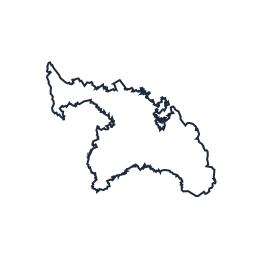 the district of Panchagarh, Rangpur, Bangladesh, rotated 331°
{"feature_id": "16705992B66536058617583", "entity_name": "Panchagarh", "entity_type": "district", "adm_level": 2, "iso_a3": "BGD", "parent_name": "Bangladesh", "parent_adm1": "Rangpur", "projection": "natural_earth1", "projection_center": [88.58, 26.32], "detail": "fine", "context": "isolated", "style": "outline", "palette": "slate", "viewbox_px": 256, "rotation_deg": 331, "n_neighbors": 0, "source": "geoboundaries", "source_scale": "gbopen_adm2", "svg_char_len": 5885}
<svg xmlns="http://www.w3.org/2000/svg" viewBox="0 0 256 256"><g transform="rotate(331 128 128)"><path d="M172.3,220.9L173.7,220.1L174.8,217.8L175.9,217.6L177.3,218.6L178.4,217.8L178.1,214.3L179.0,215.1L179.2,212.5L183.4,206.4L182.5,204.9L182.5,203.1L178.1,199.6L180.5,198.7L182.3,193.2L184.2,191.1L186.1,187.4L186.0,185.7L184.6,185.1L184.6,181.0L185.2,180.5L184.8,177.5L183.4,174.9L184.1,171.4L182.6,170.5L184.3,170.1L187.2,167.9L188.2,162.7L186.5,163.0L186.3,162.5L187.8,160.9L188.0,159.6L186.7,155.9L184.1,153.3L182.2,152.5L179.4,153.6L178.2,145.9L179.5,143.6L180.2,138.1L178.2,134.8L178.4,132.9L177.8,130.9L175.3,130.8L173.8,135.4L174.9,136.1L174.9,136.9L171.0,135.7L171.2,136.8L170.6,137.4L170.2,137.1L170.4,136.3L168.5,136.2L169.5,138.3L169.0,139.3L162.4,140.4L161.6,143.5L161.0,144.2L159.9,144.0L160.0,145.3L158.3,146.6L157.9,144.9L154.9,145.5L155.5,144.0L156.4,144.2L156.4,143.1L156.4,142.5L155.1,142.4L155.8,140.0L154.8,138.7L154.9,137.4L155.8,137.3L155.4,135.0L156.9,134.6L159.9,137.1L160.2,137.9L158.8,138.0L160.0,139.6L160.4,138.6L162.3,139.4L165.8,137.5L164.1,136.4L163.4,136.5L164.2,136.6L163.6,137.3L161.5,137.0L162.2,136.7L161.8,135.5L159.6,135.6L159.0,134.6L159.6,133.7L158.5,133.7L158.0,132.8L158.1,131.7L159.2,131.5L159.1,130.3L157.9,129.7L157.2,130.6L157.2,128.0L160.9,127.1L161.2,125.3L162.4,125.4L162.7,126.3L160.9,127.0L161.5,127.5L161.2,128.5L161.8,129.8L162.6,129.7L162.8,130.4L167.3,128.6L168.3,129.3L168.3,130.4L171.3,128.5L171.2,126.9L175.2,127.3L175.8,124.4L172.0,125.4L172.6,123.8L174.6,122.4L174.2,120.7L174.7,120.9L175.0,119.8L172.6,119.1L173.0,117.9L171.9,117.7L171.8,118.8L172.5,119.5L170.9,119.5L170.1,121.6L166.7,120.8L166.0,123.6L164.6,124.2L164.2,123.6L163.9,122.3L164.5,121.4L163.1,121.6L162.0,119.9L162.7,119.5L163.1,116.8L161.9,116.9L161.3,115.9L162.5,115.3L160.7,114.7L159.8,111.4L160.1,110.1L158.7,110.4L158.7,109.7L159.1,109.1L164.0,108.0L164.0,107.2L163.2,106.7L160.3,107.7L160.4,106.3L159.9,106.3L160.6,104.9L157.9,105.7L157.9,105.0L156.0,104.4L157.6,104.0L157.3,103.4L158.2,103.1L160.3,103.4L160.1,101.9L159.3,101.4L159.8,101.2L159.4,101.0L159.9,99.9L158.5,99.5L158.8,101.3L158.3,100.2L157.9,101.3L155.3,101.5L155.3,100.8L154.1,100.7L153.5,98.7L151.0,99.0L149.4,98.0L151.1,97.1L150.8,94.7L147.9,94.7L147.1,94.0L146.0,94.1L145.9,93.2L144.2,93.1L144.1,92.0L145.3,91.2L144.0,82.1L136.7,82.2L137.2,82.6L136.3,88.9L135.8,88.1L134.3,88.4L133.9,86.8L128.1,86.3L127.6,85.8L128.8,85.7L127.9,84.2L128.7,83.2L127.6,83.4L128.2,81.6L126.6,81.9L127.3,80.9L126.2,80.7L127.2,77.9L119.7,78.9L120.0,78.0L119.1,77.9L120.0,77.5L118.7,77.3L119.2,75.8L117.7,72.9L118.7,71.4L118.4,70.1L116.4,70.1L114.4,68.3L110.4,70.1L110.1,64.0L108.6,63.8L108.8,60.8L106.4,59.8L103.5,60.0L103.3,58.9L102.6,58.9L102.5,61.0L101.7,61.4L102.0,62.1L99.9,62.5L98.7,61.3L98.6,59.9L97.1,59.9L95.6,58.0L93.1,51.7L93.4,48.1L92.0,39.2L92.3,36.3L91.4,36.0L91.6,32.8L90.1,32.6L87.3,35.0L86.8,36.8L84.6,39.2L85.3,40.6L87.3,41.0L87.4,41.8L82.6,43.4L81.7,44.6L81.2,49.2L80.2,50.3L80.4,54.9L77.0,60.3L77.5,64.1L75.6,66.2L75.9,68.4L74.8,71.0L71.6,73.4L70.6,75.4L70.4,78.0L71.2,78.9L71.0,79.7L72.8,79.9L72.7,82.7L74.4,82.9L74.7,85.5L75.9,88.1L75.6,89.1L76.3,89.4L76.9,87.8L78.0,86.9L77.4,86.4L77.7,84.1L79.2,82.2L78.1,81.1L77.8,77.9L80.4,76.9L81.3,76.8L81.6,78.1L84.3,78.5L84.6,79.7L89.0,77.6L89.0,79.2L89.9,79.5L90.3,80.9L91.6,82.6L92.4,82.6L92.7,83.7L93.4,83.6L93.5,81.6L94.9,81.5L95.4,82.3L96.2,81.7L96.3,83.0L97.1,83.6L102.4,83.4L109.2,85.4L107.6,87.7L109.6,88.3L109.6,89.9L110.6,90.3L110.7,91.4L112.0,92.4L111.9,93.6L110.4,94.0L110.4,94.7L112.5,95.9L111.5,96.9L111.4,98.0L113.6,98.4L111.9,100.8L113.1,101.3L113.8,102.8L115.2,101.5L115.4,103.4L114.2,104.0L116.3,107.5L117.8,106.7L116.2,110.6L117.3,112.6L119.1,111.2L118.6,113.7L116.8,114.3L117.1,115.1L118.8,115.4L117.4,116.9L117.6,118.4L115.3,118.1L115.5,118.8L114.4,119.3L113.9,119.0L114.9,115.1L114.4,114.8L113.9,115.8L112.2,116.2L110.0,115.8L110.9,118.5L110.0,119.3L108.8,119.0L107.2,117.7L107.2,116.6L103.7,116.7L102.2,114.5L102.9,112.9L102.2,112.4L102.3,110.8L101.9,112.2L99.4,114.4L98.5,118.0L97.6,118.9L98.0,119.1L97.0,121.4L97.5,121.6L96.7,123.2L91.2,122.8L88.9,125.0L88.7,125.6L89.7,125.7L89.5,126.9L91.7,126.7L91.5,129.5L87.3,128.9L85.2,130.2L84.9,129.5L83.5,130.5L83.5,131.5L82.5,131.2L82.3,132.3L80.9,132.4L81.4,132.8L80.9,133.3L80.5,132.3L79.7,134.3L78.6,134.1L78.6,135.9L74.9,139.8L75.5,141.4L74.8,142.0L74.6,143.7L75.6,144.0L75.0,144.7L75.4,145.1L74.6,149.2L76.1,150.0L75.0,150.0L75.5,150.7L77.4,151.5L77.3,152.4L76.2,152.9L76.5,154.7L75.4,155.3L75.9,156.4L74.9,156.7L75.4,157.9L70.3,159.3L70.3,160.6L68.3,161.4L68.9,162.6L67.8,163.2L68.2,164.1L69.6,165.2L69.9,166.7L71.0,167.1L70.0,168.9L72.7,168.4L73.4,167.6L76.7,170.5L78.3,170.0L80.2,170.9L81.6,169.3L83.6,170.0L84.5,167.2L83.9,166.8L84.1,164.2L87.9,164.7L88.9,166.1L89.8,166.0L91.6,165.2L90.4,164.7L90.2,163.3L92.0,163.3L93.0,164.2L95.7,164.1L96.5,164.9L96.1,165.9L97.6,164.8L99.9,165.8L100.8,165.0L102.0,165.2L102.7,165.4L102.2,166.4L102.8,166.6L104.4,166.4L104.6,165.1L106.2,165.3L105.0,164.1L107.3,163.4L108.7,163.9L113.9,163.6L113.5,164.1L115.2,164.7L116.2,164.1L116.3,165.0L117.2,164.2L118.2,166.5L117.8,167.6L118.5,170.5L120.7,169.8L121.6,171.1L122.5,170.6L122.3,169.4L125.1,167.8L125.1,169.2L124.2,170.2L125.3,171.3L127.2,170.7L127.8,172.7L129.0,172.0L129.1,173.1L128.0,173.4L128.0,175.0L129.6,175.4L129.8,177.7L130.4,177.1L131.3,179.9L132.6,179.2L133.6,180.3L134.5,179.6L134.7,182.4L135.1,181.8L137.4,181.6L140.2,182.8L143.8,185.6L143.6,186.9L145.1,188.5L145.2,189.9L147.9,192.6L146.9,193.7L148.6,194.1L148.7,197.4L149.7,197.4L150.0,200.2L149.6,201.0L149.3,200.4L149.0,201.1L147.5,201.3L147.7,202.7L146.8,203.2L147.8,204.0L146.7,204.7L146.9,206.1L145.7,206.6L145.0,208.4L145.8,210.4L149.9,212.3L154.6,220.5L156.3,221.5L163.5,220.6L163.6,223.0L165.0,223.4L168.5,222.9L168.5,221.9L170.0,220.4L172.3,220.9Z" fill="none" stroke="#1e293b" stroke-width="2"/></g></svg>